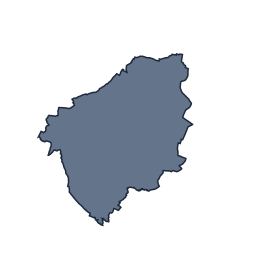 outline of Letca, Salaj, Romania, rotated 312°
{"feature_id": "2599482B91851196787653", "entity_name": "Letca", "entity_type": "district", "adm_level": 2, "iso_a3": "ROU", "parent_name": "Romania", "parent_adm1": "Salaj", "projection": "albers", "projection_center": [23.411, 47.354], "detail": "fine", "context": "isolated", "style": "filled", "palette": "slate", "viewbox_px": 256, "rotation_deg": 312, "n_neighbors": 0, "source": "geoboundaries", "source_scale": "gbopen_adm2", "svg_char_len": 5624}
<svg xmlns="http://www.w3.org/2000/svg" viewBox="0 0 256 256"><g transform="rotate(312 128 128)"><path d="M124.0,187.8L124.5,189.4L126.2,189.8L126.7,190.2L127.2,191.6L128.3,193.6L130.5,194.6L133.2,195.2L133.9,194.9L133.9,193.5L134.1,191.5L134.5,191.2L135.0,191.7L135.5,191.9L137.7,192.7L141.5,192.6L142.7,192.2L144.1,191.4L142.6,187.7L142.3,186.8L142.4,186.7L141.9,185.4L141.0,183.4L143.7,181.1L145.0,179.3L146.2,178.1L147.9,176.9L150.1,175.6L150.6,175.4L151.4,177.2L154.3,175.8L155.3,175.1L155.8,176.4L161.3,174.7L168.7,171.9L169.6,172.1L171.2,172.7L172.2,172.9L172.6,173.4L173.9,173.5L172.4,161.6L175.0,160.4L179.1,159.1L180.1,159.0L181.3,159.1L183.5,159.8L184.9,159.9L187.4,159.3L188.5,158.8L189.0,157.9L189.5,155.1L190.1,153.9L190.1,152.5L190.4,147.3L190.4,145.2L191.0,143.2L192.2,140.9L193.4,139.3L195.9,137.6L196.2,137.2L196.6,136.9L197.8,136.4L198.8,136.7L199.8,137.5L201.7,138.5L202.9,138.5L205.2,138.1L206.9,137.5L210.4,134.5L212.4,133.0L211.5,130.9L211.3,130.1L212.3,129.7L212.7,129.2L212.8,128.9L212.4,127.4L212.7,127.0L212.8,126.3L213.3,125.6L213.3,125.1L213.0,124.2L213.0,123.7L213.5,122.9L219.1,119.3L218.3,118.0L217.3,116.9L217.1,117.0L216.8,116.7L216.4,116.8L215.6,114.6L214.4,115.0L214.2,114.1L213.5,113.5L212.3,111.5L211.1,111.7L209.2,110.6L208.4,110.8L207.0,110.5L206.5,109.9L206.0,109.7L205.8,109.3L205.1,108.7L204.3,108.4L202.3,107.0L200.9,106.3L200.6,105.8L200.3,105.1L199.6,105.8L199.3,105.7L198.6,106.2L198.4,105.6L197.4,104.3L196.7,102.7L196.2,100.2L195.3,98.6L194.9,97.4L193.9,96.1L193.0,95.3L192.2,93.3L191.8,92.5L191.0,90.7L190.2,90.1L189.6,89.1L189.2,88.8L188.5,88.7L187.8,88.3L186.0,87.2L185.6,86.5L185.3,85.7L183.1,86.4L183.0,85.7L179.2,86.2L179.0,86.8L178.3,86.7L173.5,85.1L169.9,87.7L168.7,90.0L167.7,87.0L167.4,85.8L168.3,85.7L168.1,84.8L167.1,84.7L164.9,85.2L162.3,86.3L161.5,86.5L160.7,83.3L158.7,83.4L155.9,83.1L155.5,83.3L154.9,83.2L152.2,83.6L150.1,83.5L148.8,83.1L148.0,83.3L146.8,83.1L146.3,82.5L143.4,82.3L142.6,82.1L141.6,81.5L139.9,81.4L139.1,80.8L138.5,80.6L137.9,80.6L136.5,81.0L134.0,80.5L132.8,80.0L131.5,78.7L130.8,78.1L127.6,76.1L125.3,75.3L125.3,74.2L123.4,72.9L121.5,71.8L120.1,71.4L118.8,70.6L116.7,69.7L116.3,70.0L115.6,69.5L114.0,67.9L113.5,67.9L113.1,67.6L111.9,67.2L111.6,68.9L111.2,69.7L110.6,70.4L109.9,70.2L109.9,71.5L109.4,72.1L109.1,72.8L108.7,72.9L104.5,72.0L103.7,71.7L102.3,70.1L101.3,68.4L97.8,63.9L97.0,63.0L96.7,62.9L95.7,63.7L93.8,64.5L92.5,65.9L91.2,66.9L90.9,67.4L90.3,67.5L89.2,66.6L88.1,66.2L87.4,64.8L86.8,64.2L86.1,63.0L85.0,61.7L84.7,60.9L83.3,60.8L81.9,61.4L80.3,61.2L79.3,61.7L79.1,62.0L78.7,63.3L78.1,63.7L77.6,65.6L77.5,66.4L77.2,67.3L75.5,66.4L74.9,66.2L72.8,66.9L72.0,68.1L70.1,68.9L69.5,68.8L69.0,68.4L68.1,68.4L67.6,66.5L67.3,65.7L61.4,67.4L61.9,67.6L62.1,68.4L61.8,69.0L61.8,70.0L61.2,70.2L60.9,70.9L61.0,71.7L60.9,72.4L61.0,73.1L61.1,73.3L61.7,73.6L61.7,74.9L61.9,75.2L62.6,75.7L63.5,75.7L64.0,76.4L65.6,79.9L65.5,80.2L65.1,81.0L65.0,81.3L64.5,81.9L62.5,83.3L61.7,83.3L59.7,84.6L59.0,84.7L56.8,85.7L56.4,86.2L54.4,86.8L54.6,87.3L55.8,87.5L56.7,87.9L57.9,87.9L59.6,88.1L60.5,88.0L61.2,87.8L62.1,87.9L62.4,88.3L62.7,88.5L62.7,89.1L63.2,89.4L63.4,90.4L63.7,90.7L65.1,91.0L65.5,91.2L66.4,92.4L65.3,94.0L64.3,94.6L63.8,94.8L63.7,95.1L64.0,95.7L64.0,96.2L63.4,96.5L62.9,97.0L62.4,98.1L61.8,98.1L61.6,97.9L61.2,97.9L60.7,98.6L60.8,99.1L60.5,99.4L60.5,99.7L60.3,99.9L60.3,100.2L58.9,101.2L58.5,101.7L58.5,102.6L57.8,104.0L56.4,106.1L55.5,107.7L55.1,109.1L54.5,110.2L52.7,112.2L52.1,115.0L51.6,115.9L51.5,116.6L48.2,119.9L47.2,120.6L44.8,122.0L44.4,122.1L44.3,122.5L44.8,122.9L44.9,123.4L43.1,125.6L41.1,127.3L39.5,137.3L39.1,141.9L39.0,142.1L39.1,144.6L39.0,147.4L38.8,147.8L38.6,150.7L38.9,151.4L39.0,152.1L38.6,152.3L38.7,152.5L38.8,155.2L39.4,156.5L38.3,157.5L36.9,158.0L37.2,159.1L37.7,159.8L38.1,161.7L38.5,162.6L38.7,162.8L39.0,162.9L39.5,163.5L39.3,163.6L38.8,163.9L38.8,164.2L38.0,165.3L39.3,166.8L39.6,167.0L39.1,167.3L38.2,166.9L37.6,168.8L37.6,169.0L37.8,169.3L37.6,170.2L38.2,171.0L37.9,171.4L38.1,171.9L38.0,172.5L38.4,173.5L38.8,174.3L39.7,173.0L40.5,173.1L41.3,172.3L41.4,172.0L41.8,171.5L42.0,170.9L42.7,170.7L43.0,171.0L43.2,170.4L43.7,170.6L43.6,169.5L44.1,170.1L44.2,170.5L44.2,171.4L43.9,173.5L44.0,174.4L44.6,174.9L44.6,175.0L44.8,175.3L45.2,176.2L45.4,176.4L45.7,176.3L45.7,176.0L47.0,175.1L47.0,174.6L47.8,173.6L48.7,173.7L49.5,172.7L49.9,172.4L50.1,171.8L51.1,171.7L52.2,171.3L52.7,171.4L52.9,171.3L53.2,171.4L53.5,172.1L53.9,172.7L54.5,172.8L55.9,172.7L57.1,172.0L57.9,171.9L58.5,171.4L58.8,171.4L59.4,172.6L60.0,175.1L60.4,176.0L64.3,175.8L64.3,173.7L63.9,172.3L64.6,172.2L65.1,172.4L65.5,172.2L67.2,172.2L67.1,171.2L67.4,171.1L67.7,171.3L67.8,171.2L67.8,170.9L68.4,171.2L68.8,171.2L69.3,171.6L70.6,171.8L71.9,172.3L73.0,172.1L74.3,172.5L74.9,172.5L75.9,171.9L76.9,172.1L77.6,171.0L78.0,170.8L78.6,170.9L78.9,171.2L80.4,171.1L80.8,170.4L81.3,169.8L81.8,168.6L82.0,168.3L82.4,168.2L82.9,168.4L83.3,168.1L83.4,167.8L83.7,168.0L83.8,168.3L84.3,168.3L85.1,169.0L86.1,170.0L87.1,172.1L87.7,172.2L87.7,173.7L87.9,174.7L87.6,175.5L88.1,176.9L88.5,177.2L88.2,177.6L88.3,177.9L89.3,178.6L89.3,178.2L89.5,177.8L90.4,178.7L91.3,178.7L91.1,179.1L91.4,179.4L92.2,179.0L92.7,179.5L92.5,179.8L92.5,180.1L92.3,180.3L92.5,180.7L93.2,181.3L93.4,181.8L93.2,181.9L94.4,182.7L94.6,183.1L94.9,183.8L94.3,184.0L94.7,184.5L94.8,185.0L94.7,185.2L95.5,185.9L96.7,186.0L98.3,187.2L99.3,187.8L99.6,188.3L100.5,188.9L101.3,189.2L103.8,190.0L105.6,190.3L106.5,188.1L107.9,186.3L108.8,185.2L109.3,185.1L111.2,185.0L113.6,184.1L117.9,184.1L118.1,184.0L119.9,182.6L122.8,186.4L124.0,187.8Z" fill="#64748b" stroke="#1e293b" stroke-width="1.5"/></g></svg>